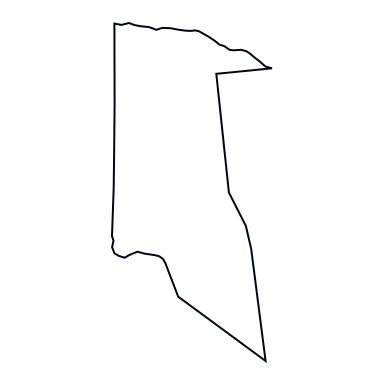 Poço Branco, Rio Grande do Norte, Brazil
{"feature_id": "56859067B85705906363289", "entity_name": "Poço Branco", "entity_type": "district", "adm_level": 2, "iso_a3": "BRA", "parent_name": "Brazil", "parent_adm1": "Rio Grande do Norte", "projection": "mercator", "projection_center": [-35.694, -5.586], "detail": "fine", "context": "isolated", "style": "outline", "palette": "ink", "viewbox_px": 384, "rotation_deg": 0, "n_neighbors": 0, "source": "geoboundaries", "source_scale": "gbopen_adm2", "svg_char_len": 744}
<svg xmlns="http://www.w3.org/2000/svg" viewBox="0 0 384 384"><path d="M265.6,361.0L251.2,249.0L250.0,243.8L245.9,226.0L228.9,192.5L216.3,73.8L272.0,68.3L265.4,66.5L259.9,61.6L255.3,58.1L249.6,53.3L246.5,51.3L241.3,49.8L233.4,50.3L229.5,49.8L224.3,46.1L219.4,44.6L214.5,40.6L208.6,36.7L203.4,33.8L199.1,31.3L195.2,30.4L190.9,30.9L185.8,30.7L180.4,30.0L176.6,29.4L170.7,28.2L162.2,27.9L156.4,29.8L149.1,27.1L145.1,26.7L140.4,26.2L134.3,25.0L128.9,23.0L121.5,24.9L114.4,23.6L114.6,104.3L114.1,156.4L113.7,187.7L112.0,236.2L113.5,240.8L112.1,247.2L114.4,253.3L118.8,255.9L124.8,257.7L129.3,255.0L137.5,251.7L143.9,253.5L155.0,255.2L159.3,256.3L163.2,259.1L165.5,263.5L178.2,296.7L265.6,361.0Z" fill="none" stroke="#020617" stroke-width="2"/></svg>